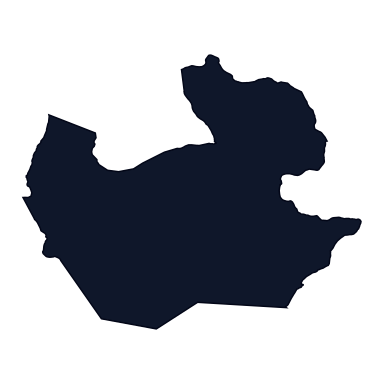 Eau Piquant/St Urbain, Vieux Fort, Saint Lucia (orthographic projection)
{"feature_id": "8701671B56799057925384", "entity_name": "Eau Piquant/St Urbain", "entity_type": "district", "adm_level": 2, "iso_a3": "LCA", "parent_name": "Saint Lucia", "parent_adm1": "Vieux Fort", "projection": "orthographic", "projection_center": [-60.939, 13.762], "detail": "fine", "context": "isolated", "style": "filled", "palette": "ink", "viewbox_px": 384, "rotation_deg": 0, "n_neighbors": 0, "source": "geoboundaries", "source_scale": "gbopen_adm2", "svg_char_len": 5911}
<svg xmlns="http://www.w3.org/2000/svg" viewBox="0 0 384 384"><path d="M23.0,197.5L34.0,218.0L34.7,219.6L35.6,220.2L37.4,222.5L40.2,228.1L41.0,230.7L41.4,231.0L43.8,232.6L44.6,233.0L45.5,234.0L46.0,234.8L46.1,235.4L45.8,236.7L46.0,237.1L46.8,237.7L47.1,238.2L47.1,238.8L46.9,239.6L46.7,239.9L45.7,241.0L45.5,241.3L45.2,242.8L44.4,244.1L43.9,246.0L43.5,250.1L43.3,250.7L42.8,251.5L42.7,252.0L42.9,252.9L43.3,253.7L45.9,256.2L47.0,256.8L49.3,257.2L50.2,257.2L53.2,256.9L54.5,256.4L55.1,256.5L55.8,256.7L58.3,257.8L59.0,258.2L59.9,259.0L60.4,259.6L60.8,260.6L101.4,318.7L101.6,318.8L156.3,328.9L197.6,302.3L286.3,307.6L285.4,306.9L285.4,306.7L285.9,306.5L287.2,305.5L288.0,304.7L291.2,298.5L293.7,294.3L294.9,292.5L296.7,289.3L297.1,289.0L297.6,288.9L298.0,288.7L298.9,288.1L299.8,287.6L300.2,287.6L301.3,287.1L301.8,286.1L302.3,285.6L302.8,285.4L303.2,285.0L303.2,284.7L302.9,284.5L302.5,284.4L302.1,284.7L301.9,284.4L301.2,283.9L301.4,283.6L301.2,283.1L301.3,282.4L301.8,281.7L302.3,280.5L302.7,280.0L304.1,278.8L306.5,276.5L310.4,274.2L312.1,273.0L313.1,272.6L315.6,272.0L316.5,271.5L317.2,271.0L317.8,270.1L318.5,269.7L319.7,269.4L320.3,269.0L323.1,268.1L325.2,266.8L327.0,265.8L328.2,265.4L329.2,263.7L329.8,258.3L330.3,256.9L330.6,255.9L330.5,254.0L330.4,253.8L330.6,251.7L330.3,251.2L330.4,250.8L331.2,250.3L332.4,248.8L333.0,248.0L334.2,245.6L335.0,244.1L336.9,241.6L337.4,240.9L340.6,238.1L343.2,236.3L344.0,235.6L345.2,235.1L347.4,235.0L349.5,234.6L351.2,234.6L352.7,234.3L353.7,234.0L356.3,231.7L357.0,230.7L357.5,229.6L358.5,228.9L359.6,226.1L359.9,224.8L360.7,223.2L361.0,221.4L360.5,220.6L360.2,220.1L358.7,219.2L357.6,219.2L357.0,219.5L355.7,219.5L354.2,219.1L353.2,219.1L352.7,218.9L350.1,219.0L349.1,218.5L345.9,218.5L344.9,218.7L344.1,218.7L343.2,218.5L342.8,218.2L342.4,218.2L341.9,218.2L340.3,217.6L338.9,217.3L333.9,217.7L332.3,218.0L331.3,218.5L329.6,219.7L328.3,220.3L326.9,220.7L325.9,220.5L324.9,220.5L323.8,220.3L322.7,220.4L321.6,220.2L321.1,219.9L319.3,218.2L317.8,216.5L316.8,215.7L313.2,216.3L311.3,216.3L310.3,216.1L310.1,216.3L308.7,215.5L307.9,215.2L306.1,215.1L304.9,214.6L303.9,214.3L302.8,214.1L302.0,214.3L301.1,214.1L300.4,213.4L298.7,212.6L297.6,211.8L296.8,209.1L295.8,208.2L294.9,207.1L294.4,206.1L293.8,204.4L292.4,202.0L291.1,201.1L290.8,200.9L289.8,201.0L288.4,201.4L287.8,201.4L287.5,201.3L286.3,201.2L285.5,200.9L284.6,200.7L282.5,199.8L281.4,198.7L281.2,198.3L280.6,197.7L280.2,197.0L279.6,194.4L279.2,190.6L279.6,187.3L279.9,186.0L280.2,185.5L279.9,185.0L280.4,184.4L281.3,184.1L281.6,183.7L281.6,183.2L281.2,180.9L280.4,179.5L280.4,178.8L280.8,177.3L281.6,175.6L282.3,175.0L283.7,174.4L284.9,174.0L286.7,173.7L289.6,173.7L292.4,174.3L294.3,175.0L297.6,175.4L299.4,174.9L301.6,173.7L305.1,170.7L305.7,170.3L306.3,170.1L307.1,169.9L309.2,169.1L314.4,169.8L316.4,170.2L317.5,170.2L318.0,170.0L318.9,169.5L319.4,168.6L320.2,167.7L321.3,166.2L322.0,165.3L322.8,164.5L323.5,163.3L323.7,163.2L324.1,162.4L324.3,161.5L324.3,161.2L324.0,158.4L324.1,157.4L323.9,156.8L323.7,155.3L323.7,154.2L324.5,151.3L324.4,148.2L324.6,147.3L325.1,146.2L325.4,144.9L325.5,143.7L325.3,142.7L325.3,142.3L325.5,142.0L326.4,141.0L327.0,141.0L325.0,137.2L321.5,132.8L320.4,132.0L318.9,131.4L315.4,129.5L314.9,129.0L314.5,127.9L314.1,125.9L314.4,124.2L315.1,123.2L315.5,122.3L315.7,121.0L315.6,119.9L314.8,117.3L314.7,115.7L314.0,114.5L312.8,110.4L309.3,107.4L307.4,104.2L306.8,101.8L305.6,100.0L304.3,97.7L302.3,93.5L301.4,91.9L300.8,91.6L294.4,88.6L294.1,88.6L293.5,87.9L290.9,86.2L290.2,85.9L289.5,85.0L287.6,83.2L282.0,82.3L281.1,82.0L277.5,83.3L276.3,82.3L274.4,81.4L273.4,80.7L271.6,79.0L269.4,78.2L268.1,77.9L267.5,77.9L267.0,78.0L265.5,78.8L263.2,78.7L262.5,79.0L258.7,79.6L256.2,80.8L254.9,81.6L248.4,82.7L246.2,82.7L245.4,82.8L243.9,82.8L243.0,82.9L241.3,82.8L240.9,82.6L239.8,82.4L238.2,81.8L237.5,81.8L236.2,81.2L235.8,81.2L235.3,81.1L233.9,80.0L232.8,79.0L232.5,78.1L232.3,76.1L232.1,75.8L230.6,74.5L226.4,72.5L224.1,71.0L223.7,70.7L222.5,69.5L221.4,67.9L220.1,65.5L218.6,63.3L218.5,62.9L218.5,62.5L218.6,62.0L218.8,61.8L219.0,61.3L219.0,60.9L218.7,59.2L218.3,58.5L217.9,58.1L216.4,57.4L214.6,56.7L213.2,56.0L211.5,55.3L210.5,55.1L209.2,55.2L208.6,55.5L205.9,59.2L205.6,60.1L206.0,62.4L205.7,63.8L205.1,64.6L204.1,65.5L203.7,65.8L202.7,66.3L202.1,66.6L201.6,66.7L199.3,66.9L196.1,66.6L193.1,65.9L192.1,65.8L191.5,65.8L188.2,67.1L186.0,67.5L184.7,68.0L183.6,68.8L181.5,69.6L184.5,93.2L184.3,93.0L184.4,93.6L185.3,95.3L187.0,97.6L188.5,99.5L189.2,100.1L190.7,102.2L191.3,103.2L191.9,104.8L192.1,105.8L192.3,107.8L192.5,108.6L193.4,110.8L193.8,111.5L195.9,114.0L197.2,116.2L198.2,117.2L200.3,118.8L203.2,120.5L203.9,121.1L204.4,121.5L205.1,122.4L206.2,124.2L207.5,125.0L207.9,125.3L208.4,126.0L211.2,130.6L212.6,133.9L213.3,134.9L214.0,136.6L214.2,137.9L214.6,138.7L214.4,139.5L214.6,140.4L214.5,141.6L214.7,141.8L215.6,142.2L216.1,143.1L213.6,144.2L212.8,143.8L210.5,143.8L209.1,143.4L206.8,143.9L199.4,145.5L196.5,145.4L191.9,144.9L188.5,144.9L185.3,146.1L183.7,147.1L181.2,148.3L179.1,148.6L177.2,148.4L164.4,152.2L142.7,163.1L133.5,168.9L118.6,171.7L107.6,170.3L98.7,164.5L98.5,163.7L96.9,161.6L96.9,159.6L92.2,154.7L91.6,151.9L92.3,148.3L94.2,146.3L94.9,144.1L93.9,142.5L94.2,140.7L96.0,137.8L95.3,133.0L48.9,114.9L49.2,116.3L48.6,122.4L47.9,123.9L46.6,129.4L46.6,130.7L44.4,135.9L43.8,137.6L40.9,141.1L40.9,142.4L39.5,144.1L38.6,144.6L37.3,146.3L37.3,147.6L36.4,149.2L36.3,150.6L34.4,153.1L33.4,155.5L33.3,157.4L32.3,159.6L31.9,161.1L32.2,161.8L32.3,162.3L32.0,164.6L30.9,166.3L29.9,169.3L28.6,171.9L28.1,172.7L27.8,173.4L27.6,174.6L27.4,175.0L27.1,175.4L26.7,175.4L26.3,175.7L26.2,177.0L26.3,177.4L26.9,178.0L27.2,179.7L28.0,181.8L27.2,183.7L27.1,184.2L27.1,184.8L27.4,185.6L27.9,186.1L29.4,186.8L29.8,187.2L31.0,190.2L31.6,192.0L31.8,192.8L31.1,195.7L31.0,196.1L29.7,196.8L28.4,197.4L27.6,197.5L25.2,197.4L23.0,197.5Z" fill="#0f172a" stroke="#020617" stroke-width="1.5"/></svg>